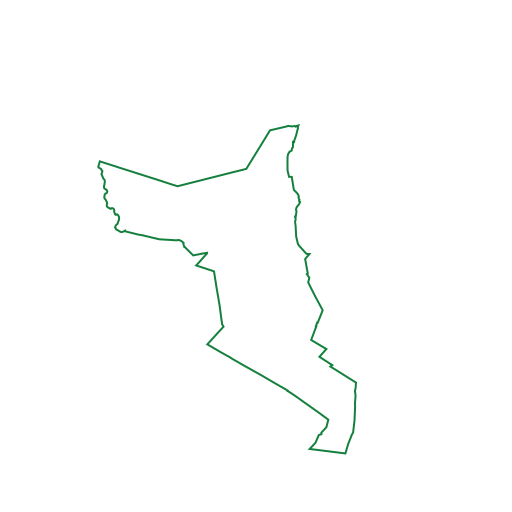 the district of Progreso, Coahuila, Mexico, rotated 213°
{"feature_id": "50627088B48984419836516", "entity_name": "Progreso", "entity_type": "district", "adm_level": 2, "iso_a3": "MEX", "parent_name": "Mexico", "parent_adm1": "Coahuila", "projection": "natural_earth1", "projection_center": [-100.831, 27.377], "detail": "fine", "context": "isolated", "style": "outline", "palette": "green", "viewbox_px": 512, "rotation_deg": 213, "n_neighbors": 0, "source": "geoboundaries", "source_scale": "gbopen_adm2", "svg_char_len": 4170}
<svg xmlns="http://www.w3.org/2000/svg" viewBox="0 0 512 512"><g transform="rotate(213 256 256)"><path d="M248.7,155.4L233.7,156.1L221.9,156.9L220.3,156.8L205.7,157.6L204.9,157.6L203.8,157.8L202.8,157.8L201.3,157.9L184.8,159.0L181.8,159.1L177.6,159.3L169.2,159.7L160.6,160.2L159.1,160.3L157.5,160.3L156.3,160.4L156.1,160.4L156.1,160.0L150.3,160.1L146.1,160.0L137.3,159.6L124.9,159.1L117.9,158.8L106.2,158.1L103.7,150.7L105.0,143.5L104.1,142.2L105.8,140.1L104.4,131.7L105.9,123.4L86.1,133.0L73.5,139.1L76.1,147.9L76.3,148.5L77.3,153.5L78.3,158.3L78.4,160.8L82.8,169.7L83.8,171.7L87.5,178.0L90.4,182.9L90.5,183.1L92.9,186.6L96.6,193.4L96.8,193.5L99.6,196.8L100.4,199.2L103.2,204.3L122.9,204.0L133.4,203.8L132.6,206.0L140.5,206.0L147.9,206.0L147.3,210.0L146.3,216.3L163.8,215.6L164.0,215.6L166.1,225.2L167.1,229.9L167.6,229.8L168.4,233.6L167.9,233.7L170.5,246.8L184.0,254.2L192.8,259.3L197.8,262.3L198.3,263.5L199.4,266.8L203.5,268.5L203.0,269.5L207.1,273.8L213.1,280.2L212.3,286.8L214.9,285.3L224.7,287.9L227.0,288.7L228.0,289.5L232.9,294.2L238.3,301.6L238.7,302.1L238.8,302.4L239.2,302.8L239.6,303.3L242.0,306.1L242.5,308.0L243.4,309.1L243.5,309.2L243.8,310.1L244.4,309.9L244.8,310.6L244.6,311.1L244.7,311.9L246.3,315.4L247.7,316.7L248.3,318.3L248.5,319.5L248.1,322.4L248.4,325.3L249.9,325.6L250.2,326.9L251.3,327.4L252.5,328.6L252.6,329.3L254.1,330.5L256.7,331.3L260.3,332.1L261.9,333.9L269.1,341.8L271.4,340.4L276.1,344.9L281.0,352.3L283.6,356.5L284.5,358.7L284.7,361.6L283.5,363.9L284.4,365.7L284.3,367.4L287.1,371.9L286.1,372.3L286.7,373.4L288.2,379.6L289.2,382.2L290.4,386.0L291.2,387.0L291.5,388.6L292.7,387.3L293.1,386.1L294.2,386.2L295.8,384.8L296.2,384.4L300.0,382.5L301.0,381.2L312.7,369.0L312.2,350.8L311.7,329.2L311.6,323.8L313.5,321.7L320.9,313.8L353.3,278.8L353.4,278.7L356.7,275.1L359.8,271.8L364.3,270.5L369.1,269.2L369.5,269.1L378.2,266.8L404.4,259.6L404.9,259.5L419.6,255.4L419.8,255.4L438.5,250.3L437.0,245.3L436.7,244.8L436.4,244.6L435.6,244.5L434.5,244.5L433.6,244.6L432.4,244.0L431.9,243.9L431.4,243.8L431.1,243.5L430.9,243.0L430.7,242.6L430.6,242.4L430.5,242.0L430.4,241.1L430.1,240.4L429.2,239.9L428.3,239.2L427.6,238.8L426.7,238.2L426.3,237.9L425.9,237.7L425.4,237.6L425.0,237.6L424.5,237.4L424.0,236.9L423.5,236.3L423.0,235.5L422.9,235.4L422.5,234.2L422.1,233.6L421.8,233.0L421.8,232.4L421.6,232.0L421.4,231.7L421.2,231.3L420.9,230.9L420.2,230.2L419.9,230.1L419.6,230.1L419.2,230.1L418.8,230.0L418.1,230.1L417.5,230.1L416.6,229.7L416.3,229.6L416.0,229.3L415.8,229.0L415.7,228.6L415.5,227.6L415.7,227.2L415.9,226.9L416.2,226.2L416.4,225.7L416.4,225.4L416.3,224.8L415.9,224.2L415.6,223.5L415.5,223.1L415.2,222.6L414.2,221.7L413.3,221.5L412.3,221.1L411.8,220.7L411.2,220.5L410.7,220.2L410.3,219.8L409.8,219.3L409.5,219.1L409.4,218.7L409.1,217.9L408.9,217.5L408.6,217.0L408.1,216.4L407.7,216.3L407.2,216.2L405.8,216.1L405.1,216.3L404.1,216.3L403.6,216.3L403.4,216.5L403.4,217.0L403.3,217.3L403.0,217.6L402.2,218.0L401.4,218.0L400.8,217.9L400.4,217.7L400.1,217.3L399.7,217.0L399.5,216.6L399.2,216.2L398.8,215.7L398.3,215.2L397.3,214.7L396.7,214.1L396.3,214.2L396.1,214.4L395.8,214.4L395.6,214.6L395.5,215.0L395.1,215.3L394.5,215.3L393.4,214.9L392.4,214.3L391.6,213.5L390.6,211.7L390.4,210.1L390.2,209.7L389.9,208.6L389.6,207.5L389.8,207.1L390.0,206.6L390.1,206.3L390.2,205.1L390.1,204.3L389.8,203.5L389.8,203.4L389.7,203.4L389.7,203.2L389.0,202.9L388.6,202.7L388.3,202.3L388.0,202.3L387.9,202.3L387.7,202.2L387.4,202.2L387.1,202.2L386.5,202.3L383.4,202.4L382.5,202.5L381.6,202.9L381.4,203.2L381.0,203.6L380.1,205.0L379.6,206.0L379.0,205.5L365.7,210.1L363.1,211.3L346.3,217.3L332.0,225.4L330.5,226.5L330.0,227.0L328.8,227.6L326.7,227.9L323.9,227.6L323.7,226.8L323.4,226.5L322.9,226.1L322.3,225.6L321.6,225.0L321.0,224.5L320.6,224.8L320.4,224.7L317.3,224.0L309.0,222.3L302.5,228.6L298.8,232.0L298.5,231.4L298.8,229.6L299.9,222.4L299.9,222.2L301.0,215.5L296.4,216.7L291.5,218.0L288.9,218.7L288.7,218.7L287.4,219.1L283.5,220.1L282.8,220.2L278.1,214.9L274.0,210.4L273.8,210.1L262.0,197.3L260.3,195.5L257.8,192.6L251.0,184.6L247.1,180.2L244.7,179.0L244.7,178.9L244.8,178.7L246.1,171.2L248.7,155.4Z" fill="none" stroke="#15803d" stroke-width="2"/></g></svg>